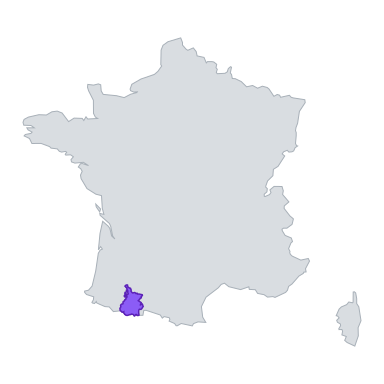 Hautes-Pyrénées on a map of France (Albers equal-area conic projection)
{"feature_id": "FRA-5305", "entity_name": "Hautes-Pyrénées", "entity_type": "Metropolitan department", "adm_level": 1, "iso_a3": "FRA", "parent_name": "France", "parent_adm1": "", "projection": "albers", "projection_center": [0.066, 43.14], "detail": "fine", "context": "in_parent", "style": "filled", "palette": "violet", "viewbox_px": 384, "rotation_deg": 0, "n_neighbors": 0, "source": "natural_earth", "source_scale": "10m", "svg_char_len": 6303}
<svg xmlns="http://www.w3.org/2000/svg" viewBox="0 0 384 384"><path d="M297.6,146.0L295.1,147.7L293.7,150.9L292.0,151.8L288.9,152.1L287.2,150.3L283.6,151.8L282.2,153.9L284.7,156.0L278.0,166.4L273.4,169.3L272.9,175.7L267.6,180.9L265.8,186.0L265.7,187.1L267.3,188.6L266.9,191.9L264.2,194.2L264.3,196.3L265.2,196.5L269.5,194.6L271.0,192.5L269.9,189.9L274.1,186.4L282.0,186.5L283.3,190.8L282.6,194.5L288.9,201.9L284.3,205.9L284.1,208.4L289.9,215.9L293.4,218.9L292.1,224.3L286.9,228.2L283.4,228.2L282.0,229.2L282.3,230.8L285.1,235.4L291.3,238.0L292.5,241.6L290.9,243.0L288.6,248.7L290.0,251.4L289.7,252.6L290.4,254.4L292.2,256.1L300.8,260.1L308.3,258.5L309.5,261.1L305.5,268.7L306.1,271.9L303.7,272.2L303.4,273.3L298.9,276.1L292.0,284.0L288.6,286.4L287.5,290.2L285.6,292.4L275.0,297.4L272.9,296.6L267.5,297.1L264.1,294.7L257.6,293.4L255.3,289.7L249.3,289.4L248.8,286.8L240.6,289.6L228.8,286.7L224.5,283.2L221.2,284.4L218.3,287.8L206.0,297.2L201.4,306.6L202.7,317.2L205.8,322.4L198.0,321.9L193.5,323.6L192.3,325.9L181.2,323.5L177.2,325.8L176.1,325.7L174.6,323.5L169.1,321.1L169.9,319.3L169.2,317.7L164.1,316.6L162.3,318.1L160.3,315.0L146.1,310.3L143.8,310.4L142.9,315.3L133.8,315.2L132.5,314.3L126.6,315.3L120.4,310.8L113.4,311.6L109.2,306.9L105.0,306.6L99.2,304.1L96.6,302.8L96.3,301.5L94.5,303.5L92.4,303.0L91.9,302.4L93.4,299.8L93.7,296.8L86.5,294.5L84.6,292.3L84.6,291.1L88.5,290.2L92.1,286.1L95.7,271.1L98.3,253.3L100.2,250.0L102.4,249.1L100.6,246.6L98.4,249.8L100.0,233.5L102.7,221.3L108.5,226.4L109.9,228.6L111.6,235.9L114.9,239.0L112.7,236.0L110.7,226.3L109.4,223.5L100.1,215.3L99.8,213.4L103.9,214.4L102.3,208.3L101.5,195.6L95.9,194.2L87.0,188.6L81.1,178.7L80.5,175.1L82.2,171.3L80.8,168.8L78.3,167.0L80.4,163.8L82.2,163.5L88.5,165.6L83.4,162.3L74.9,163.1L71.5,161.9L71.0,159.6L73.4,156.8L70.6,154.8L65.8,155.1L65.2,154.3L66.7,152.2L65.5,151.4L61.6,152.1L59.3,151.3L57.3,148.9L51.0,148.1L49.6,146.6L41.0,143.4L31.9,143.5L29.5,138.5L24.1,135.9L25.3,134.5L30.9,133.4L32.1,132.1L28.1,129.9L26.8,127.8L34.2,127.8L31.0,125.5L23.8,125.2L23.0,122.3L24.1,119.4L28.4,117.1L38.9,114.7L46.4,115.0L51.9,111.8L57.2,111.1L62.1,113.0L68.6,121.6L74.1,118.1L82.2,118.4L83.8,120.5L86.0,116.8L87.7,119.0L97.6,118.5L95.3,117.0L93.5,113.4L93.4,100.3L88.6,90.8L87.5,87.3L87.8,84.4L93.6,85.1L98.4,83.9L100.7,84.8L101.2,90.9L103.2,94.4L116.5,95.7L124.2,97.6L130.7,94.2L136.8,92.6L137.3,91.8L133.8,92.1L130.6,90.7L130.1,89.1L131.8,84.3L141.0,79.0L154.4,74.4L157.9,71.4L161.7,66.0L160.8,64.7L161.1,50.1L163.0,45.3L168.0,41.7L180.7,37.9L182.5,42.5L182.5,45.1L186.0,49.1L187.8,50.3L193.3,47.9L196.2,51.6L197.1,55.9L204.0,57.4L206.3,62.9L207.5,61.6L211.8,61.6L213.8,62.0L216.7,64.3L216.0,67.7L217.3,69.3L216.3,72.4L217.2,73.7L225.0,73.3L227.3,71.8L228.3,68.6L230.5,66.7L231.5,67.2L230.3,73.0L231.5,74.4L232.3,78.5L235.3,78.7L241.3,81.6L246.6,86.8L252.6,85.5L257.6,88.2L262.4,86.2L267.2,87.5L269.0,89.0L273.9,96.3L277.2,94.5L279.6,95.2L280.6,97.3L289.4,95.3L291.2,97.3L293.2,97.9L304.8,99.7L305.2,102.6L299.4,111.4L297.6,123.3L296.0,127.5L295.5,130.6L296.2,132.6L296.2,135.8L295.5,143.5L296.5,145.6L297.6,146.0ZM356.7,298.7L356.7,303.6L358.8,306.8L361.0,320.7L358.1,327.7L358.3,335.9L354.8,346.1L347.1,342.5L344.7,340.4L346.3,336.5L341.9,334.9L342.6,331.3L341.9,329.5L339.0,329.6L338.8,328.7L340.6,325.7L340.4,324.0L337.4,322.2L336.7,320.3L339.1,317.9L337.7,316.1L336.2,315.7L339.1,309.1L341.4,306.9L346.7,304.6L348.8,302.0L352.5,302.8L353.1,302.2L353.2,292.0L354.4,291.8L355.7,293.0L356.7,298.7ZM100.6,209.0L99.7,211.9L96.2,206.8L95.8,204.1L100.6,209.0Z" fill="#d9dde1" stroke="#a8b0b8" stroke-width="1"/><path d="M122.6,312.2L121.9,312.1L121.6,311.5L120.2,310.6L120.1,310.0L120.0,309.2L119.9,308.8L119.9,308.5L120.0,308.3L120.1,308.1L120.2,307.8L120.4,307.6L120.6,307.3L120.7,307.0L120.8,306.5L120.8,306.2L120.6,305.7L120.6,305.4L120.7,305.2L120.8,304.9L121.2,304.5L121.5,304.2L121.9,304.0L122.6,304.0L122.8,303.9L123.0,303.7L123.0,302.9L123.0,302.5L123.0,302.0L123.2,301.7L123.4,301.5L123.8,301.3L124.1,301.1L124.3,300.9L124.4,300.6L124.8,299.8L124.9,299.6L125.1,299.6L125.4,299.6L125.5,299.6L125.7,299.4L125.8,299.1L125.9,298.3L126.0,298.1L126.2,297.9L126.6,297.5L126.8,297.3L126.9,297.1L127.0,296.9L127.0,296.7L126.9,296.5L126.7,295.9L126.8,295.4L126.8,295.1L127.0,294.8L127.1,294.6L127.3,294.4L127.9,294.2L128.1,294.1L128.2,293.9L128.2,293.5L127.8,292.8L127.8,292.4L127.8,291.1L127.8,290.9L127.7,290.7L127.4,290.7L127.3,290.8L127.1,291.0L126.8,291.4L126.6,291.4L126.4,291.1L126.4,290.5L126.4,290.2L126.6,290.1L126.8,290.1L127.0,290.2L127.2,289.9L127.2,289.6L127.1,289.2L126.5,287.8L126.3,287.6L126.2,287.4L125.9,287.2L125.7,287.1L125.5,286.4L125.0,286.1L125.5,285.5L126.1,285.1L126.8,284.9L127.5,285.0L127.7,286.2L128.2,287.4L128.6,287.4L129.8,288.2L130.1,288.3L130.4,288.2L130.6,288.4L130.8,289.3L131.1,289.8L131.2,290.0L131.2,290.3L131.0,290.9L131.0,291.2L131.1,291.4L131.5,291.8L132.0,292.5L132.3,292.8L132.7,292.9L133.1,292.9L134.6,292.5L135.0,292.6L135.6,293.2L135.8,293.5L136.1,293.6L136.3,293.5L136.6,293.3L136.8,293.2L137.1,293.2L137.3,293.6L137.3,293.8L137.5,294.0L137.8,294.1L138.9,294.0L142.2,294.7L142.4,295.4L142.1,295.8L141.2,296.7L141.2,297.0L141.3,297.4L141.3,297.7L141.1,298.0L140.5,298.2L140.2,298.3L140.1,298.5L139.8,299.1L138.3,300.7L141.2,302.6L141.1,303.1L140.6,304.0L140.4,304.5L140.4,304.9L140.8,304.8L141.5,304.3L142.2,304.0L142.7,305.0L143.0,306.1L143.2,306.4L141.7,308.8L140.9,309.4L139.6,309.2L139.2,309.4L138.9,310.0L138.7,310.8L138.7,312.8L139.0,314.8L138.9,315.3L138.0,315.5L137.5,315.5L137.1,315.4L136.9,315.3L136.9,315.2L136.9,314.9L136.2,314.4L135.8,314.5L135.3,315.0L134.7,315.9L134.3,316.0L133.9,315.5L133.4,314.6L133.0,314.4L131.7,314.1L131.3,314.1L130.9,314.5L129.4,314.7L127.5,315.4L126.7,315.4L125.7,315.1L125.6,314.9L125.3,314.6L125.0,314.5L124.7,314.4L124.7,314.2L124.5,313.8L124.1,313.4L123.8,312.9L123.6,312.4L123.7,311.8L123.3,312.0L122.6,312.2ZM124.9,295.0L125.5,295.3L125.7,296.1L125.3,296.8L125.0,296.9L124.8,296.9L124.6,296.8L124.4,296.5L124.3,296.3L124.3,296.1L124.3,295.6L124.9,295.0ZM125.5,292.3L125.8,292.4L125.9,292.5L126.0,292.6L126.1,292.9L126.1,293.2L126.0,293.5L125.8,293.9L125.8,294.0L125.7,294.1L125.3,294.2L125.1,294.1L124.9,293.9L124.9,293.5L124.9,292.9L125.1,292.5L125.2,292.3L125.4,292.3L125.5,292.3Z" fill="#8b5cf6" stroke="#5b21b6" stroke-width="1.5"/></svg>